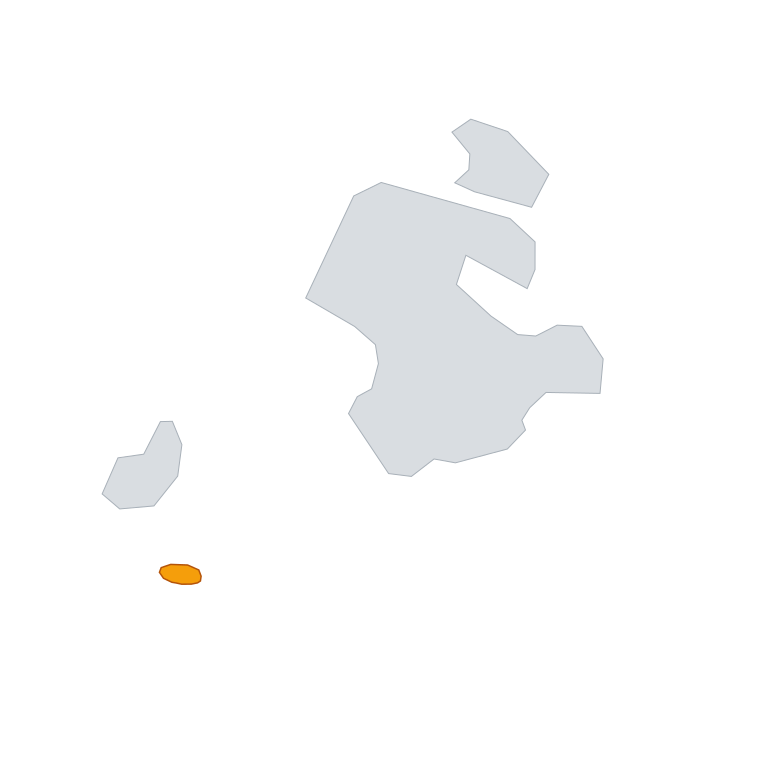 location of Sottunga within Aland, rotated 121°
{"feature_id": "ALD-4821", "entity_name": "Sottunga", "entity_type": "state/province", "adm_level": 1, "iso_a3": "ALA", "parent_name": "Aland", "parent_adm1": "", "projection": "mercator", "projection_center": [20.666, 60.13], "detail": "fine", "context": "in_parent", "style": "filled", "palette": "amber", "viewbox_px": 768, "rotation_deg": 121, "n_neighbors": 0, "source": "natural_earth", "source_scale": "10m", "svg_char_len": 1027}
<svg xmlns="http://www.w3.org/2000/svg" viewBox="0 0 768 768"><g transform="rotate(121 384 384)"><path d="M329.3,246.9L344.0,247.2L350.6,239.0L376.2,244.8L414.8,282.2L422.5,302.5L449.1,312.9L458.4,333.9L427.6,399.2L408.6,400.4L394.5,392.1L369.4,399.3L354.7,411.6L349.8,438.8L350.6,495.4L238.4,506.8L212.7,490.2L177.3,361.2L184.4,327.7L208.1,313.5L228.5,310.4L231.5,380.1L261.4,373.2L270.7,327.3L272.8,294.9L264.7,278.6L244.4,265.9L232.7,244.1L249.6,209.1L280.8,194.0L307.8,240.8L329.3,246.9ZM172.6,405.4L175.1,427.0L156.7,421.6L142.6,428.9L133.1,455.5L112.3,446.0L103.9,407.9L119.4,350.7L156.5,348.5L172.6,405.4ZM627.2,546.2L623.4,569.0L584.3,574.0L567.9,553.8L531.4,556.3L525.0,546.2L540.1,526.0L569.2,513.4L607.0,518.4L627.2,546.2Z" fill="#d9dde1" stroke="#a8b0b8" stroke-width="1"/><path d="M661.7,459.9L663.2,463.7L664.1,472.9L661.1,479.5L656.1,480.4L648.5,473.9L640.3,459.1L638.8,447.0L642.9,441.8L647.4,439.9L650.5,441.4L654.7,446.0L659.8,454.3L661.7,459.9Z" fill="#f59e0b" stroke="#b45309" stroke-width="1.5"/></g></svg>